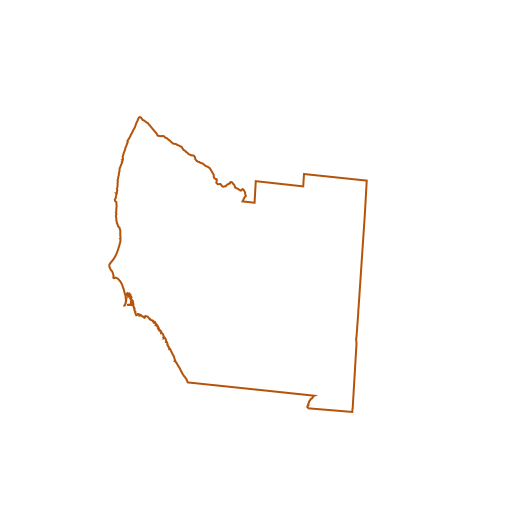 General Pueyrredón, Buenos Aires, Argentina (Equal Earth projection), rotated 141°
{"feature_id": "61730980B30127630418266", "entity_name": "General Pueyrredón", "entity_type": "district", "adm_level": 2, "iso_a3": "ARG", "parent_name": "Argentina", "parent_adm1": "Buenos Aires", "projection": "equal_earth", "projection_center": [-57.589, -37.973], "detail": "fine", "context": "isolated", "style": "outline", "palette": "amber", "viewbox_px": 512, "rotation_deg": 141, "n_neighbors": 0, "source": "geoboundaries", "source_scale": "gbopen_adm2", "svg_char_len": 6079}
<svg xmlns="http://www.w3.org/2000/svg" viewBox="0 0 512 512"><g transform="rotate(141 256 256)"><path d="M258.2,435.6L259.1,437.8L259.0,437.4L260.4,437.1L263.7,435.3L265.0,434.8L269.4,432.1L271.9,431.2L274.0,430.1L276.8,429.0L279.5,427.7L282.4,426.6L283.3,426.5L284.2,425.0L284.8,424.9L288.1,422.8L289.3,422.4L290.6,421.2L294.4,419.0L296.8,417.3L297.6,416.6L298.0,415.5L298.7,414.8L299.1,414.5L299.5,414.7L299.5,414.3L300.4,413.5L300.9,413.2L301.2,413.4L301.9,412.5L302.6,412.3L302.6,412.5L302.7,412.3L305.3,410.6L305.9,410.6L306.1,411.2L306.0,410.3L307.3,409.5L308.5,408.0L310.6,406.5L311.8,405.1L313.3,404.1L315.1,402.4L315.9,402.0L316.6,400.7L318.2,399.3L318.7,398.4L320.4,396.7L320.7,396.7L320.8,397.0L320.8,396.6L321.8,395.8L322.1,394.9L322.5,394.3L323.7,393.4L324.6,392.4L324.9,392.2L325.2,392.5L325.2,392.3L325.4,392.0L327.1,390.7L328.6,389.2L329.4,389.1L329.6,389.5L329.6,389.1L330.2,388.7L330.8,387.7L330.8,386.6L330.6,385.8L330.8,385.5L331.8,384.2L333.0,382.3L333.9,381.6L334.3,381.0L334.9,380.6L336.6,378.5L337.7,377.7L337.7,377.0L339.2,375.5L339.7,375.3L341.3,372.4L342.1,371.8L342.6,370.3L343.3,369.0L343.5,368.9L343.6,368.0L344.0,367.3L344.1,366.5L344.4,366.1L344.5,365.6L344.2,364.1L345.0,362.5L345.4,361.2L348.5,357.5L349.0,356.5L350.6,354.5L350.8,354.6L350.8,354.3L351.5,353.4L353.3,351.8L354.9,350.8L356.4,349.5L356.9,349.3L359.9,347.3L363.1,345.5L365.4,344.4L368.6,343.2L374.6,341.9L375.8,341.3L376.9,339.4L377.1,338.1L377.5,337.0L377.7,336.3L377.4,334.9L378.2,332.3L379.2,330.2L380.3,329.3L380.6,328.4L380.4,328.1L378.9,327.7L378.2,326.6L377.7,325.5L377.5,324.5L377.5,321.5L377.7,319.9L378.4,317.1L379.4,314.7L379.6,313.7L381.3,310.2L382.2,307.7L383.0,306.5L383.5,306.7L383.1,306.4L383.1,306.2L384.9,303.5L385.9,302.4L387.4,301.2L389.5,300.3L389.3,300.1L387.5,301.0L385.1,302.8L384.1,304.1L384.0,304.6L382.6,306.6L381.1,307.8L380.7,307.0L380.7,307.9L380.2,308.0L380.1,307.8L380.0,308.0L379.3,308.0L379.3,307.6L380.3,307.3L380.2,306.8L378.6,306.8L378.5,306.6L378.1,306.6L378.1,306.4L378.5,306.3L378.5,306.0L380.3,305.8L380.9,304.9L378.0,305.3L377.9,305.1L378.4,304.3L379.9,304.1L379.7,303.6L378.7,303.5L379.0,302.8L378.7,302.5L378.8,302.2L379.2,302.2L379.1,302.6L379.2,302.1L380.6,301.9L380.7,302.6L380.7,301.9L381.4,301.8L380.2,301.8L380.1,300.1L380.3,299.9L381.6,299.7L382.8,298.1L382.7,298.0L381.4,299.2L380.1,298.5L381.7,295.6L384.4,297.3L385.8,298.5L386.3,298.5L387.0,299.2L382.6,295.3L383.0,293.3L383.4,292.2L384.5,292.5L383.6,292.0L383.5,291.5L384.6,290.5L384.8,289.4L384.8,288.5L385.1,288.1L385.6,288.0L386.4,285.4L385.4,284.5L385.6,284.9L385.0,285.1L385.0,284.9L384.9,285.2L384.7,285.2L384.0,284.9L383.5,284.3L383.4,283.6L383.5,283.0L383.8,282.9L384.2,283.3L384.3,283.1L383.2,282.3L382.6,282.4L382.6,281.5L382.0,280.2L382.0,279.4L381.5,278.1L381.4,278.1L381.5,278.5L381.3,278.9L380.7,279.2L379.7,278.8L378.8,277.8L378.3,276.6L378.3,274.8L378.5,274.3L379.1,274.3L377.9,273.7L378.1,273.0L378.1,272.6L377.0,271.1L377.2,270.5L376.9,270.5L376.7,270.2L377.1,269.8L377.0,269.5L376.8,269.6L376.6,269.2L376.7,268.9L376.5,268.7L376.9,268.5L376.9,268.1L376.8,268.3L376.4,268.2L376.2,267.7L376.4,267.1L376.9,267.3L376.7,266.8L376.5,267.0L376.3,266.7L376.6,266.0L376.8,266.0L377.0,266.3L376.8,265.6L376.6,265.8L376.4,265.5L376.6,264.9L377.0,264.9L376.4,264.3L376.6,263.9L376.9,263.9L376.5,263.0L376.7,262.7L377.0,262.6L376.8,262.0L376.8,261.6L377.4,260.1L377.8,259.8L378.0,260.1L378.1,259.5L378.0,259.0L377.9,259.2L377.5,259.2L377.2,258.6L377.3,256.7L377.6,256.2L377.9,256.0L378.4,255.9L378.4,256.3L378.6,255.3L378.4,255.6L377.7,255.2L377.5,254.5L377.6,253.4L378.3,251.7L378.9,251.2L379.2,251.3L379.3,251.7L379.4,250.8L379.4,250.6L379.2,251.0L378.9,251.0L378.3,250.2L378.4,249.5L378.7,249.5L378.4,249.3L378.6,248.4L378.7,248.1L378.9,248.2L378.6,247.9L379.4,246.3L380.1,246.2L380.1,246.6L380.2,246.1L379.5,245.6L379.4,245.3L379.7,244.4L380.0,244.5L379.8,244.4L379.8,244.1L380.2,243.3L380.4,243.3L380.5,242.5L380.7,242.1L380.9,242.1L380.9,241.5L381.1,241.3L381.1,240.5L381.4,239.8L381.2,239.5L381.6,238.8L381.3,238.3L381.5,238.0L381.8,237.9L381.4,237.5L381.4,236.9L381.8,235.9L382.2,233.8L382.5,232.7L382.9,230.7L382.9,229.8L384.7,225.7L385.6,225.5L385.9,225.0L385.4,225.5L384.7,225.4L384.8,225.1L385.4,225.1L385.1,225.0L384.9,224.6L385.1,224.3L385.0,224.0L385.1,223.0L385.0,222.2L385.4,221.4L385.5,219.4L385.7,218.8L385.8,218.7L385.9,216.3L386.4,215.0L386.9,212.6L386.8,212.3L387.0,212.0L387.2,210.9L387.3,209.7L387.5,208.4L387.4,206.0L387.6,204.2L388.6,200.7L298.6,110.7L300.2,111.1L301.0,110.3L302.5,110.1L303.3,110.5L304.9,109.7L306.1,109.6L306.9,109.1L307.3,108.6L308.0,108.5L308.7,107.7L309.0,107.1L309.3,107.1L309.7,107.4L311.1,106.5L310.9,105.8L311.1,104.6L279.3,74.2L277.2,76.5L276.9,76.6L232.9,124.8L230.4,128.6L228.6,130.1L211.8,148.0L210.9,149.2L210.2,149.8L146.0,219.0L122.5,244.9L167.1,289.5L175.5,280.4L209.1,314.3L223.6,298.3L232.1,306.9L227.8,308.9L226.2,309.0L225.9,309.5L225.4,311.0L224.8,311.7L224.3,313.0L224.1,314.7L224.1,316.0L224.4,316.5L225.1,316.5L226.1,316.2L226.7,316.4L227.0,316.9L227.2,317.7L228.0,320.1L229.1,322.1L229.1,322.5L228.7,323.2L228.1,325.3L228.4,326.2L228.2,327.9L228.5,328.9L229.2,329.4L230.3,329.3L230.3,328.9L230.6,328.7L231.8,329.3L233.7,329.6L235.7,329.3L236.2,329.7L237.7,330.3L238.0,330.6L238.4,331.6L238.3,333.7L238.4,334.4L240.5,335.8L240.8,337.4L240.7,337.9L238.4,340.0L238.3,340.6L238.9,341.1L239.4,342.7L239.0,344.2L237.8,345.6L237.1,349.9L236.7,353.7L237.5,355.9L238.5,357.7L239.3,361.7L240.7,363.5L240.9,364.8L241.8,365.7L241.9,366.7L242.3,367.2L242.2,369.5L241.4,370.9L241.1,372.3L241.2,372.9L242.0,374.2L243.0,375.0L243.2,375.8L243.6,376.2L244.3,377.8L244.4,379.6L244.9,381.0L244.9,382.3L245.6,384.1L245.1,387.8L245.6,388.3L246.5,390.7L247.2,391.4L247.4,392.0L247.5,392.8L247.8,393.4L249.7,395.6L250.2,398.3L250.2,399.1L250.9,401.8L250.9,402.7L251.4,404.2L252.1,405.1L252.1,406.8L252.8,407.8L255.1,409.5L255.5,410.1L256.4,411.0L256.7,411.7L256.2,413.3L256.4,422.9L256.3,424.1L256.5,425.4L256.4,427.4L256.9,428.3L257.8,431.9L258.5,433.1L258.2,435.6Z" fill="none" stroke="#b45309" stroke-width="2"/></g></svg>